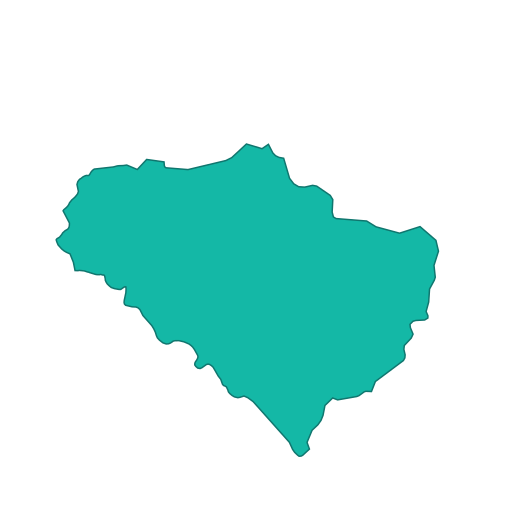 outline of Jaén, rotated 226°
{"feature_id": "ESP-5826", "entity_name": "Jaén", "entity_type": "Autonomous Community", "adm_level": 1, "iso_a3": "ESP", "parent_name": "Spain", "parent_adm1": "", "projection": "mercator", "projection_center": [-3.264, 37.956], "detail": "fine", "context": "isolated", "style": "filled", "palette": "teal", "viewbox_px": 512, "rotation_deg": 226, "n_neighbors": 0, "source": "natural_earth", "source_scale": "10m", "svg_char_len": 2800}
<svg xmlns="http://www.w3.org/2000/svg" viewBox="0 0 512 512"><g transform="rotate(226 256 256)"><path d="M411.2,226.2L400.7,230.7L401.4,244.4L387.6,255.2L384.6,252.8L383.6,252.3L382.0,252.5L365.4,267.1L345.6,300.6L343.6,306.9L343.2,326.9L329.0,334.9L327.7,342.5L318.5,339.7L314.6,339.7L311.0,341.0L307.1,343.8L288.6,334.1L281.7,333.3L276.2,334.8L271.7,338.9L267.5,345.8L264.1,348.2L248.0,351.5L243.2,350.4L234.7,341.3L230.3,338.8L227.3,339.6L204.3,359.9L193.6,362.6L172.7,375.1L163.2,394.4L142.3,396.3L132.7,390.6L125.6,377.5L116.2,370.2L114.7,367.4L111.7,357.9L102.9,348.2L97.9,339.8L93.5,338.1L92.0,336.5L92.8,332.9L98.6,326.2L100.0,323.6L99.9,319.3L97.1,317.2L90.7,314.7L89.1,310.6L88.6,300.5L86.1,297.5L81.3,294.6L79.3,292.3L78.4,289.4L82.8,254.7L78.3,244.9L82.3,241.1L83.1,239.6L84.0,233.1L84.9,230.9L95.8,214.8L100.6,212.5L100.6,201.8L94.8,193.5L92.6,188.6L91.6,183.3L91.7,175.3L86.6,163.5L86.2,163.1L80.0,160.3L80.2,151.2L80.7,149.5L82.0,147.9L83.8,147.6L87.8,147.4L91.5,148.0L98.8,150.6L153.2,152.8L159.7,151.7L163.6,150.1L165.5,146.3L166.7,144.5L169.7,142.6L172.3,141.9L175.3,141.6L177.5,141.8L179.2,142.7L182.5,143.8L184.1,143.3L185.4,142.7L187.0,142.8L191.8,145.0L195.7,145.4L205.7,147.9L208.1,147.8L210.2,147.3L211.6,146.4L212.4,144.9L213.2,139.5L213.9,137.6L215.9,136.2L218.4,136.0L220.2,136.3L221.4,137.6L222.0,139.1L222.3,140.9L222.8,142.5L223.6,144.1L225.0,145.0L231.3,146.7L234.5,147.2L236.8,147.1L239.2,146.7L244.2,144.6L248.6,141.8L251.4,138.8L252.3,137.3L252.5,135.6L252.9,133.8L253.6,132.1L255.1,130.3L258.2,128.7L262.6,128.1L265.6,128.2L267.8,129.0L271.2,130.7L274.7,131.9L278.4,132.7L291.7,133.3L298.2,135.3L300.8,135.1L302.7,134.2L305.6,131.5L311.1,128.0L312.9,128.0L314.3,128.9L315.6,130.4L320.0,136.9L322.7,139.8L324.3,140.9L325.0,140.2L325.4,138.8L325.9,135.5L327.0,134.3L330.9,131.5L333.9,130.0L336.3,129.7L339.1,129.6L341.1,130.0L343.1,130.7L344.6,131.9L346.7,133.2L347.7,133.4L348.3,133.1L348.7,132.6L349.3,132.2L350.3,131.7L350.7,131.4L351.0,130.9L351.4,130.3L353.0,128.7L354.2,127.8L359.6,124.8L360.6,124.4L361.4,123.8L361.5,123.7L364.6,122.1L368.5,118.8L369.0,117.9L371.2,115.7L378.4,120.3L386.7,123.7L390.4,122.2L392.9,121.5L396.1,121.1L401.4,121.3L404.5,122.5L406.1,123.3L406.5,123.6L406.6,123.8L406.6,124.1L406.7,124.9L406.0,127.8L406.4,131.2L406.9,132.9L406.8,136.4L406.3,138.2L406.1,139.8L406.6,141.5L407.4,142.7L409.3,144.7L422.5,148.6L422.8,149.9L422.6,153.4L422.7,155.3L423.1,157.1L423.8,158.8L424.3,162.4L424.1,166.3L424.3,168.5L424.6,170.7L425.8,173.1L431.8,176.9L433.2,179.3L433.6,181.1L433.7,182.7L433.3,184.3L433.2,186.1L432.8,187.6L432.3,189.0L431.6,190.2L430.7,190.9L430.1,191.7L430.2,192.9L431.0,195.8L431.2,198.0L430.9,200.0L419.1,215.3L417.3,218.6L416.1,220.2L413.4,223.2L411.2,226.2Z" fill="#14b8a6" stroke="#0f766e" stroke-width="1.5"/></g></svg>